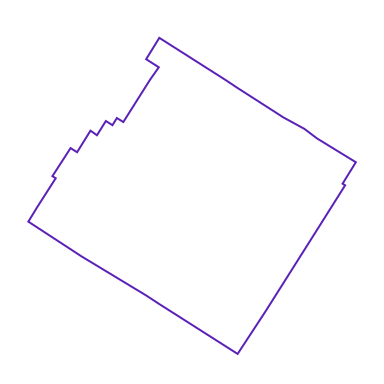 Newton, Arkansas, United States of America, rotated 31°
{"feature_id": "52423323B24705008980857", "entity_name": "Newton", "entity_type": "district", "adm_level": 2, "iso_a3": "USA", "parent_name": "United States of America", "parent_adm1": "Arkansas", "projection": "equal_earth", "projection_center": [-93.303, 35.925], "detail": "fine", "context": "isolated", "style": "outline", "palette": "violet", "viewbox_px": 384, "rotation_deg": 31, "n_neighbors": 0, "source": "geoboundaries", "source_scale": "gbopen_adm2", "svg_char_len": 534}
<svg xmlns="http://www.w3.org/2000/svg" viewBox="0 0 384 384"><g transform="rotate(31 192 192)"><path d="M67.1,284.9L67.0,301.7L130.4,304.1L206.2,304.3L221.7,304.9L314.5,307.3L316.5,256.4L318.8,154.4L319.8,107.4L316.8,107.3L317.1,82.4L317.1,82.1L271.6,81.7L255.8,80.0L232.0,81.0L177.8,79.4L162.3,78.7L99.8,77.1L84.6,76.7L84.3,101.8L99.3,102.2L98.2,117.8L97.1,167.4L89.5,167.3L89.4,175.7L81.6,175.5L81.3,192.3L73.4,191.7L73.0,217.1L65.3,216.9L64.2,250.3L68.1,250.4L67.1,284.9Z" fill="none" stroke="#5b21b6" stroke-width="2"/></g></svg>